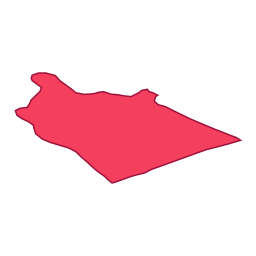 Norsjö, Västerbotten, Sweden, rotated 180°
{"feature_id": "70781695B82980713589977", "entity_name": "Norsjö", "entity_type": "district", "adm_level": 2, "iso_a3": "SWE", "parent_name": "Sweden", "parent_adm1": "Västerbotten", "projection": "robinson", "projection_center": [19.643, 64.943], "detail": "fine", "context": "isolated", "style": "filled", "palette": "rose", "viewbox_px": 256, "rotation_deg": 180, "n_neighbors": 0, "source": "geoboundaries", "source_scale": "gbopen_adm2", "svg_char_len": 986}
<svg xmlns="http://www.w3.org/2000/svg" viewBox="0 0 256 256"><g transform="rotate(180 128 128)"><path d="M111.3,83.1L104.5,86.6L77.3,96.4L50.2,106.2L28.6,111.8L15.4,115.7L19.3,118.2L41.8,127.0L64.6,136.6L79.8,143.9L90.7,149.4L97.7,151.3L101.7,154.7L100.3,159.6L98.3,160.7L102.3,162.9L107.0,164.5L108.6,166.7L114.2,165.6L117.2,163.3L121.2,161.3L124.9,159.4L131.8,160.1L138.5,161.3L144.8,161.8L152.4,164.3L156.4,163.9L162.7,162.2L172.0,161.6L180.3,163.3L183.6,166.2L190.3,171.1L196.3,175.5L200.6,180.4L210.2,183.0L217.5,183.0L223.8,180.8L224.8,177.7L223.8,175.3L218.8,171.7L214.5,168.5L216.2,164.3L219.1,161.6L224.8,156.0L226.7,151.8L229.0,148.6L236.0,147.7L240.6,145.4L239.0,140.7L234.3,137.5L227.3,134.1L222.7,130.9L222.0,127.4L220.3,122.3L213.7,116.9L206.1,113.7L197.5,111.1L187.2,108.0L180.2,104.3L174.6,98.9L169.6,94.6L161.7,87.3L157.4,83.9L151.8,79.9L147.5,75.9L143.9,73.0L138.1,74.8L125.7,79.3L120.3,80.9L111.3,83.1Z" fill="#f43f5e" stroke="#9f1239" stroke-width="1.5"/></g></svg>